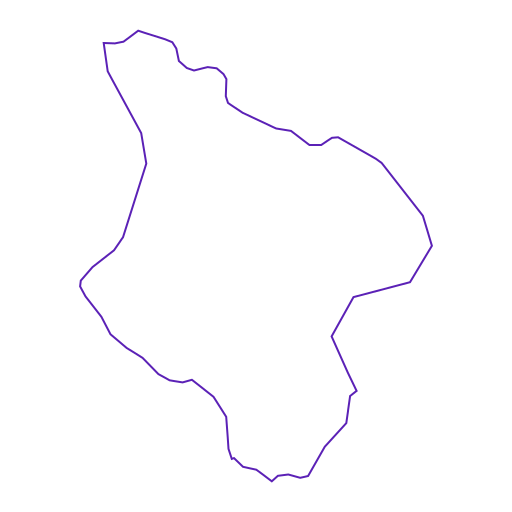 outline of Bandundu, Bandundu, Democratic Republic of the Congo
{"feature_id": "63176286B76945459106625", "entity_name": "Bandundu", "entity_type": "district", "adm_level": 2, "iso_a3": "COD", "parent_name": "Democratic Republic of the Congo", "parent_adm1": "Bandundu", "projection": "natural_earth1", "projection_center": [17.431, -3.316], "detail": "fine", "context": "isolated", "style": "outline", "palette": "violet", "viewbox_px": 512, "rotation_deg": 0, "n_neighbors": 0, "source": "geoboundaries", "source_scale": "gbopen_adm2", "svg_char_len": 1299}
<svg xmlns="http://www.w3.org/2000/svg" viewBox="0 0 512 512"><path d="M422.9,215.8L381.7,163.0L375.9,158.8L338.1,137.3L332.0,137.8L327.4,140.8L321.2,145.0L316.5,145.0L309.4,145.0L291.0,130.9L278.1,128.8L276.2,128.5L272.9,127.0L242.7,112.8L230.4,104.6L228.0,102.9L225.8,96.2L226.4,79.1L223.5,74.1L216.7,68.3L207.7,67.1L203.1,68.2L194.0,70.5L186.8,68.0L184.0,65.5L178.9,61.0L176.3,48.5L172.3,42.2L172.0,42.1L165.2,39.3L144.5,32.8L138.2,30.7L134.6,33.4L123.5,41.7L120.8,42.2L114.9,43.4L103.7,43.0L107.7,71.3L112.1,79.5L126.6,106.2L141.2,133.1L146.3,163.6L123.0,237.3L121.6,239.2L119.6,242.2L114.0,250.3L107.7,255.2L92.5,267.1L80.8,280.6L80.1,286.4L81.8,289.6L85.5,296.4L101.4,316.8L105.2,324.1L110.5,334.3L126.7,348.0L132.9,351.8L142.6,357.9L158.4,374.1L161.3,375.7L165.7,378.1L169.6,380.3L175.0,381.2L182.6,382.4L190.1,380.3L191.9,379.8L193.7,381.2L213.5,396.8L219.3,405.9L226.2,416.8L227.7,437.0L228.5,448.9L231.8,458.9L234.0,458.1L237.0,461.0L243.0,466.8L249.8,468.3L256.3,469.7L263.1,474.7L271.8,481.3L277.9,475.8L288.3,474.5L292.3,475.6L300.2,477.8L303.8,477.0L308.1,476.0L324.8,446.7L346.3,423.1L348.0,411.2L348.1,410.1L350.1,396.0L355.3,391.9L356.6,390.9L347.8,372.6L331.6,336.4L353.5,297.1L410.0,282.2L431.9,245.8L427.3,230.4L422.9,215.8Z" fill="none" stroke="#5b21b6" stroke-width="2"/></svg>